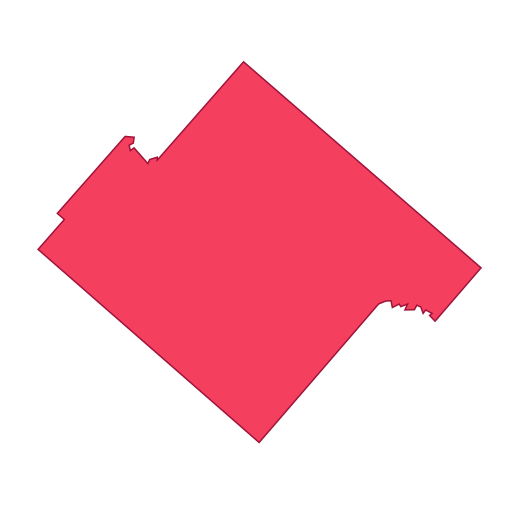 Jackson, South Dakota, United States of America, rotated 41°
{"feature_id": "52423323B47922460114210", "entity_name": "Jackson", "entity_type": "district", "adm_level": 2, "iso_a3": "USA", "parent_name": "United States of America", "parent_adm1": "South Dakota", "projection": "orthographic", "projection_center": [-101.56, 43.692], "detail": "fine", "context": "isolated", "style": "filled", "palette": "rose", "viewbox_px": 512, "rotation_deg": 41, "n_neighbors": 0, "source": "geoboundaries", "source_scale": "gbopen_adm2", "svg_char_len": 569}
<svg xmlns="http://www.w3.org/2000/svg" viewBox="0 0 512 512"><g transform="rotate(41 256 256)"><path d="M380.7,394.7L380.0,211.8L383.4,205.0L387.2,201.2L392.7,205.4L395.6,198.3L398.5,199.2L401.9,192.9L403.8,199.0L410.8,192.6L409.6,187.7L413.9,186.3L419.8,189.7L419.5,185.4L426.5,183.8L426.0,187.0L433.9,187.7L433.6,117.3L123.1,117.6L119.2,117.6L118.6,248.4L116.7,246.2L112.5,252.8L113.7,257.2L93.0,254.4L92.0,258.9L87.6,255.6L89.3,251.3L86.1,246.3L78.8,251.6L78.1,354.2L87.4,354.2L87.2,394.0L380.7,394.7Z" fill="#f43f5e" stroke="#9f1239" stroke-width="1.5"/></g></svg>